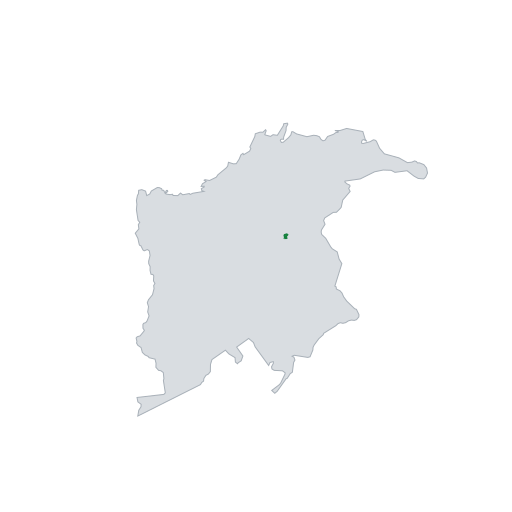 location of Sogamoso, Boyacá, Colombia, rotated 54°
{"feature_id": "7082276B30941570566225", "entity_name": "Sogamoso", "entity_type": "district", "adm_level": 2, "iso_a3": "COL", "parent_name": "Colombia", "parent_adm1": "Boyacá", "projection": "robinson", "projection_center": [-72.881, 5.676], "detail": "fine", "context": "in_parent", "style": "filled", "palette": "green", "viewbox_px": 512, "rotation_deg": 54, "n_neighbors": 0, "source": "geoboundaries", "source_scale": "gbopen_adm2", "svg_char_len": 4694}
<svg xmlns="http://www.w3.org/2000/svg" viewBox="0 0 512 512"><g transform="rotate(54 256 256)"><path d="M288.6,79.2L284.3,81.2L275.8,83.7L270.0,94.4L266.1,96.3L261.2,102.6L257.6,110.5L254.9,126.4L247.7,140.0L248.3,140.6L251.1,140.0L253.8,138.5L254.8,138.9L255.8,141.3L259.1,141.9L261.7,152.9L266.7,158.5L267.2,160.6L267.9,165.2L266.1,167.9L265.6,178.0L267.1,180.5L270.9,181.5L273.4,187.7L274.9,189.2L277.2,190.2L282.7,189.2L292.5,190.2L294.9,190.1L300.4,187.9L307.4,190.6L312.6,191.0L326.7,209.9L328.1,209.3L329.9,210.4L333.5,208.5L336.5,208.2L340.6,209.1L345.9,209.1L356.6,207.2L358.2,206.1L364.0,207.2L365.7,208.6L366.6,212.1L365.9,214.3L363.9,216.5L362.8,219.3L362.6,222.7L361.5,225.3L359.6,226.9L358.9,229.3L359.3,232.5L358.3,246.7L359.2,247.9L359.8,253.7L362.2,261.3L363.4,263.5L365.5,265.3L369.3,271.5L368.5,273.7L358.8,283.4L358.3,285.7L360.2,284.8L363.1,285.7L364.2,288.1L371.4,294.9L371.3,297.5L373.3,302.6L373.0,303.8L377.9,318.4L378.1,321.5L374.0,322.3L373.8,312.5L373.2,310.5L368.5,301.8L367.5,301.1L364.4,302.1L359.2,308.5L356.8,309.5L354.8,308.6L352.9,304.8L351.6,304.1L350.4,307.3L352.0,310.1L329.0,310.1L324.5,308.9L318.4,310.4L318.3,325.2L329.2,325.4L332.1,329.6L331.9,333.1L332.3,334.3L329.7,335.0L325.9,332.7L319.2,335.5L314.2,336.1L313.9,352.5L316.9,356.5L322.7,360.9L323.5,363.9L323.1,366.7L324.5,370.2L326.4,372.0L326.4,374.2L327.4,376.5L316.0,445.7L311.9,441.5L310.4,437.7L308.5,436.1L304.6,437.3L300.5,435.4L313.8,411.9L313.4,409.8L302.3,404.1L301.1,402.6L295.8,399.5L292.9,400.4L291.3,402.0L287.2,402.4L284.0,399.9L280.1,398.3L275.4,402.3L274.0,402.2L270.7,404.0L267.2,404.6L262.5,402.8L258.8,404.1L256.2,403.8L255.2,402.6L251.9,401.2L251.5,399.6L252.5,396.7L251.0,391.0L250.5,390.0L248.0,389.9L245.0,387.8L244.4,386.6L245.1,384.3L244.5,382.3L241.6,377.7L237.6,376.5L233.8,372.7L229.9,371.4L228.2,368.7L226.5,362.5L222.5,357.7L219.7,356.1L218.8,353.9L215.9,353.6L212.0,350.4L210.3,350.3L209.1,351.7L205.4,350.2L202.4,347.9L199.2,347.3L197.1,345.9L193.3,341.4L189.2,339.3L186.9,340.1L186.1,343.4L184.7,343.9L180.0,343.1L179.2,343.8L178.0,343.7L172.3,341.2L166.6,340.3L165.2,334.8L161.5,332.8L160.4,330.2L157.9,330.5L148.2,325.5L144.2,322.0L140.8,320.1L137.2,316.2L136.6,314.6L133.9,312.3L135.2,309.4L138.6,307.2L142.9,308.9L143.4,305.5L141.9,302.5L142.6,295.6L143.8,294.1L146.1,292.8L147.6,293.3L148.6,292.1L152.1,292.7L153.2,292.2L155.9,289.4L157.0,287.2L158.3,287.5L161.2,283.8L160.7,280.1L163.4,279.3L166.3,273.2L167.5,273.1L168.1,270.2L173.1,260.2L171.3,261.4L169.4,260.7L169.7,257.3L169.1,256.9L167.5,259.5L166.1,256.9L166.4,252.6L164.2,253.4L164.3,252.4L167.6,249.2L168.9,241.8L167.9,239.1L167.2,228.1L166.6,226.0L164.0,223.2L168.2,220.1L169.7,217.7L167.8,212.8L165.3,208.7L165.3,206.2L166.8,206.4L167.4,199.6L166.0,197.0L164.2,196.9L158.7,186.8L156.7,184.7L158.2,179.9L159.9,177.7L159.5,174.0L160.7,174.2L163.0,177.6L164.0,177.0L167.8,173.9L167.9,170.9L170.9,167.8L166.7,157.4L165.3,155.8L167.0,152.5L168.0,152.7L169.6,155.9L172.2,158.0L176.1,163.8L177.8,165.1L176.6,166.4L176.3,167.8L176.9,168.5L179.1,168.7L180.0,167.1L179.4,160.1L178.5,156.6L176.5,154.1L177.1,153.1L181.1,151.4L189.4,144.7L192.2,138.4L194.4,136.1L196.8,134.6L199.8,134.9L202.2,134.1L202.9,132.1L201.4,127.8L203.1,121.8L203.1,118.8L204.2,117.0L203.8,116.3L200.8,118.4L203.9,114.2L206.1,107.7L218.1,96.4L225.9,99.1L228.4,98.9L225.2,100.4L224.7,102.0L225.8,103.7L227.0,104.2L228.0,103.1L230.6,96.5L231.0,92.8L232.2,91.6L233.8,91.1L241.5,92.7L248.8,92.1L260.6,82.7L269.5,78.6L271.7,74.7L272.3,71.8L273.9,70.7L275.6,70.7L276.6,69.1L280.7,66.5L285.1,66.3L289.7,68.5L291.9,72.4L292.2,75.0L288.6,79.2ZM152.2,291.4L151.7,291.9L150.7,291.0L150.3,289.9L150.9,289.1L151.8,289.3L152.2,291.4Z" fill="#d9dde1" stroke="#a8b0b8" stroke-width="1"/><path d="M257.1,221.5L257.3,221.6L257.5,221.7L257.7,221.8L257.8,221.8L258.0,221.8L258.3,221.9L258.3,222.0L258.4,221.9L258.4,222.0L258.5,222.0L258.8,222.1L258.9,221.9L259.0,221.8L259.0,221.7L259.2,221.4L259.2,221.2L259.3,221.1L259.5,221.0L259.5,220.9L259.6,220.7L259.4,220.6L259.2,220.5L258.9,220.7L258.8,220.8L258.7,220.8L258.5,220.6L258.4,220.6L258.2,220.4L258.1,220.2L258.0,219.9L257.9,219.9L257.8,220.0L257.8,219.9L257.7,219.9L257.6,219.7L257.5,219.4L257.6,219.2L257.4,218.9L257.5,218.9L257.6,218.7L257.5,218.4L257.5,218.2L257.4,218.0L257.2,218.1L256.9,218.2L256.6,218.2L256.4,218.2L256.4,218.3L256.2,218.4L256.1,218.5L256.1,218.4L256.1,218.5L256.1,218.4L256.1,218.5L256.1,218.8L256.1,219.0L256.0,219.3L255.9,219.6L255.8,219.8L255.7,220.0L255.6,220.3L255.6,220.5L255.8,220.7L255.8,220.8L255.9,221.0L256.0,221.0L256.3,221.2L256.5,221.1L256.6,221.3L256.8,221.4L257.0,221.4L257.1,221.5L257.1,221.5Z" fill="#22c55e" stroke="#15803d" stroke-width="1.5"/></g></svg>